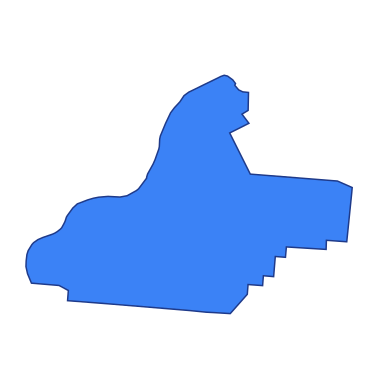 outline of Clark, Indiana, United States of America, rotated 185°
{"feature_id": "52423323B43652235718756", "entity_name": "Clark", "entity_type": "district", "adm_level": 2, "iso_a3": "USA", "parent_name": "United States of America", "parent_adm1": "Indiana", "projection": "mercator", "projection_center": [-85.662, 38.437], "detail": "fine", "context": "isolated", "style": "filled", "palette": "blue", "viewbox_px": 384, "rotation_deg": 185, "n_neighbors": 0, "source": "geoboundaries", "source_scale": "gbopen_adm2", "svg_char_len": 1218}
<svg xmlns="http://www.w3.org/2000/svg" viewBox="0 0 384 384"><g transform="rotate(185 192 192)"><path d="M32.8,205.2L32.8,210.4L48.1,215.6L73.6,215.4L135.5,214.9L159.6,254.1L141.3,265.4L149.0,273.9L143.2,278.2L144.4,296.1L150.2,296.2L154.4,297.8L158.5,301.8L158.6,302.4L158.1,303.8L161.2,307.3L166.7,310.6L170.1,311.1L173.4,309.6L176.3,307.8L187.5,301.1L202.4,292.1L203.8,291.3L208.0,287.6L208.4,287.2L211.9,280.8L216.8,274.5L220.2,269.1L224.3,258.1L228.4,245.1L228.8,241.8L228.5,234.3L228.8,231.9L231.2,222.7L231.6,221.1L233.2,216.4L237.8,206.1L238.5,202.8L238.4,201.9L245.5,190.5L247.6,188.5L256.4,182.6L263.3,180.7L275.3,180.3L284.5,178.7L289.7,177.2L295.3,175.0L305.2,170.2L309.3,165.7L314.0,157.9L314.9,156.1L315.9,151.7L316.9,149.1L318.7,145.0L319.9,143.5L322.9,140.7L325.2,139.0L327.4,137.8L336.6,133.7L341.4,131.1L341.5,131.0L345.4,127.7L346.9,125.7L350.1,119.3L351.0,115.3L351.2,109.0L350.9,103.2L348.7,96.2L344.0,87.2L316.3,87.3L306.6,83.1L306.5,72.9L266.2,73.3L183.9,73.7L167.3,73.5L158.6,73.8L143.3,74.2L128.0,94.9L128.1,104.7L113.5,104.9L113.6,114.8L103.3,114.8L103.4,135.0L93.2,135.1L93.2,145.5L53.4,146.5L53.9,155.6L33.5,155.9L32.8,205.2Z" fill="#3b82f6" stroke="#1e3a8a" stroke-width="1.5"/></g></svg>